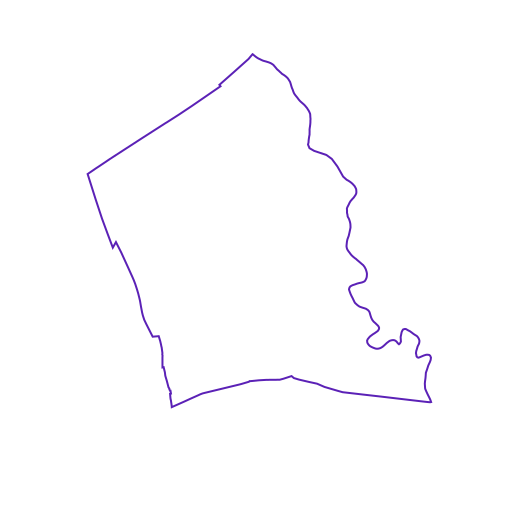 outline of Oancea, Galati, Romania, rotated 342°
{"feature_id": "2599482B31797489837867", "entity_name": "Oancea", "entity_type": "district", "adm_level": 2, "iso_a3": "ROU", "parent_name": "Romania", "parent_adm1": "Galati", "projection": "orthographic", "projection_center": [28.103, 45.914], "detail": "fine", "context": "isolated", "style": "outline", "palette": "violet", "viewbox_px": 512, "rotation_deg": 342, "n_neighbors": 0, "source": "geoboundaries", "source_scale": "gbopen_adm2", "svg_char_len": 4972}
<svg xmlns="http://www.w3.org/2000/svg" viewBox="0 0 512 512"><g transform="rotate(342 256 256)"><path d="M377.4,449.0L377.4,448.2L377.3,446.0L377.0,443.8L376.5,440.6L376.1,437.2L375.9,434.9L376.0,433.9L377.1,429.6L378.0,427.5L379.4,424.6L380.3,422.5L381.5,419.5L382.2,418.6L383.5,416.9L384.8,415.1L385.5,414.1L386.1,413.3L387.1,412.2L388.6,410.6L390.0,408.8L391.0,406.7L390.9,405.3L390.8,404.6L390.1,403.6L389.1,403.1L388.1,402.7L387.0,402.5L385.9,402.5L384.7,402.5L382.4,402.7L380.2,402.9L379.1,402.9L378.2,402.3L377.7,401.1L378.0,398.9L378.1,397.8L379.1,395.8L380.4,394.0L381.6,392.2L382.4,391.3L383.9,389.8L384.5,388.8L385.0,387.8L385.3,386.8L385.3,385.6L385.2,384.6L384.9,383.4L384.5,382.3L384.0,381.5L383.2,380.6L381.8,378.9L380.5,377.0L379.2,375.2L377.6,373.6L376.1,371.9L375.1,371.4L373.5,371.3L373.0,371.4L371.3,373.0L370.7,373.9L368.5,377.8L367.4,382.1L366.7,382.9L365.7,383.7L364.7,384.1L364.0,383.0L363.2,380.8L362.6,379.9L361.8,379.0L360.6,378.4L359.5,378.1L358.3,378.0L357.0,378.0L355.9,378.3L354.8,378.7L353.6,379.1L350.4,380.6L348.2,381.5L346.0,382.0L344.8,382.0L343.6,381.9L342.4,381.6L341.3,381.1L340.3,380.4L338.5,378.9L336.8,377.2L336.2,376.3L335.7,375.2L335.3,374.0L335.1,372.8L335.5,370.8L336.6,369.6L338.6,368.3L339.7,367.7L342.9,366.6L345.3,366.0L347.5,365.3L348.5,365.0L349.5,364.3L350.5,363.3L350.9,362.2L350.8,361.0L350.5,360.0L349.9,358.9L348.8,356.8L347.6,354.8L347.2,353.7L346.8,352.5L346.5,350.2L346.5,347.9L346.6,345.5L346.6,344.4L346.3,343.2L345.8,342.1L345.1,341.2L344.4,340.3L343.4,339.5L341.4,338.1L339.8,336.9L338.7,336.0L337.3,334.1L336.1,332.0L335.6,331.0L335.4,329.9L335.2,328.4L334.9,326.0L334.5,323.7L334.2,321.2L334.1,318.8L334.1,316.6L334.7,315.5L335.5,314.6L336.5,314.0L338.7,313.6L340.1,313.6L341.5,313.6L343.7,313.5L345.7,313.6L347.4,313.8L349.1,313.9L351.0,313.7L352.0,313.3L352.8,312.6L353.8,311.6L354.5,310.7L355.1,309.6L356.0,307.3L356.2,306.1L356.3,304.9L356.3,302.5L356.1,301.3L355.9,300.1L355.5,298.9L355.1,297.8L354.4,296.7L352.6,293.7L350.8,290.8L350.2,289.7L349.5,288.8L348.2,286.8L347.1,284.8L346.3,282.7L346.0,281.6L345.5,280.4L344.9,278.2L344.8,277.0L344.9,275.8L345.1,274.6L346.0,272.5L347.0,270.3L348.1,268.4L349.6,266.5L350.4,265.5L351.0,264.5L352.2,262.5L353.4,260.4L354.6,258.3L355.0,257.1L355.6,254.9L355.8,253.6L355.9,252.3L355.9,251.2L355.9,250.0L355.8,248.9L355.5,247.6L355.4,246.6L355.7,245.2L355.8,244.2L355.9,243.0L356.5,241.3L357.1,239.0L357.8,238.0L358.7,237.1L360.3,235.5L361.5,234.2L362.9,233.0L363.9,232.4L364.9,231.8L365.7,231.3L366.4,231.0L367.3,230.4L369.4,228.8L370.5,227.7L371.0,226.8L371.4,225.6L371.7,224.4L371.9,223.4L371.8,222.3L371.4,220.1L371.0,219.2L370.4,217.8L369.6,216.3L368.6,214.8L367.1,212.9L366.3,212.1L365.7,211.4L363.4,207.4L361.1,196.1L358.1,187.1L354.2,181.7L343.8,174.0L340.2,170.0L339.9,166.1L341.1,164.1L341.7,162.5L342.6,160.6L343.6,158.6L344.4,157.2L345.0,155.4L345.5,154.0L346.0,152.3L346.6,151.0L347.4,149.4L348.2,147.7L349.0,145.8L349.6,144.0L350.2,142.5L350.6,140.7L351.2,138.5L351.4,137.4L351.2,135.2L351.0,134.0L350.6,132.6L350.3,131.2L349.7,129.7L349.2,128.4L348.6,127.1L347.9,125.9L347.0,124.4L346.0,122.7L345.3,121.2L344.7,119.6L344.3,118.3L343.7,116.8L343.1,115.2L342.7,114.0L342.4,112.6L342.3,110.9L342.3,109.2L342.1,107.3L342.1,105.6L342.2,103.1L342.2,100.9L341.8,99.3L341.4,97.7L341.0,96.5L340.4,95.4L339.7,94.2L338.7,92.8L337.7,91.6L336.8,90.5L336.5,89.7L335.6,88.2L335.1,87.2L333.7,84.9L332.9,82.8L332.1,80.9L331.7,79.9L331.5,79.5L330.8,78.6L330.1,77.7L329.3,76.9L328.0,75.8L327.0,75.1L325.6,74.1L323.9,73.0L322.8,72.2L321.6,71.1L320.6,70.1L319.3,68.9L318.2,67.6L317.1,66.1L316.1,64.5L315.5,63.6L315.3,63.2L315.1,63.0L312.5,64.6L309.8,66.3L299.8,70.7L292.1,74.1L274.1,81.9L274.7,83.6L255.2,89.4L241.0,93.6L226.4,97.7L212.2,101.4L211.2,101.6L184.1,108.7L147.0,118.6L134.1,122.3L131.1,123.1L121.2,126.0L121.1,139.4L121.0,152.8L121.1,172.9L121.7,188.4L122.4,203.8L127.1,199.5L128.9,210.9L130.8,227.4L132.0,238.2L132.3,241.4L132.5,245.4L132.5,250.9L132.4,255.1L132.1,259.5L131.9,262.1L131.7,263.7L131.0,268.4L130.2,274.7L130.0,277.7L130.0,279.6L130.0,282.2L130.3,284.4L130.6,286.7L132.8,300.8L138.7,302.2L138.7,303.0L138.6,307.4L138.3,310.9L138.1,312.4L138.0,314.0L137.5,316.7L137.0,319.4L136.4,320.8L136.4,321.6L135.6,323.8L132.6,333.1L133.8,333.2L133.4,338.5L132.8,341.5L132.7,342.6L132.6,347.1L132.2,353.9L132.6,355.3L132.4,356.2L132.7,357.9L133.0,357.9L132.6,360.6L131.7,360.5L130.7,364.8L130.5,366.2L130.5,366.8L129.7,371.4L129.5,372.5L129.2,373.7L131.1,373.5L135.0,373.1L142.6,372.3L149.5,371.5L158.0,370.6L160.4,370.3L162.8,370.2L164.4,370.3L200.7,373.1L202.6,373.2L210.1,373.4L210.8,373.3L211.2,373.0L212.1,373.3L214.7,373.9L220.3,375.1L227.2,376.9L230.8,378.0L232.0,378.4L240.3,381.0L244.1,381.2L252.7,381.2L254.3,383.8L258.8,386.9L267.4,392.1L271.0,394.2L274.6,396.3L280.7,401.7L292.1,409.5L296.3,412.3L316.2,421.4L331.8,428.5L350.7,437.2L370.3,446.2L374.5,448.1L376.4,448.9L377.4,449.0Z" fill="none" stroke="#5b21b6" stroke-width="2"/></g></svg>